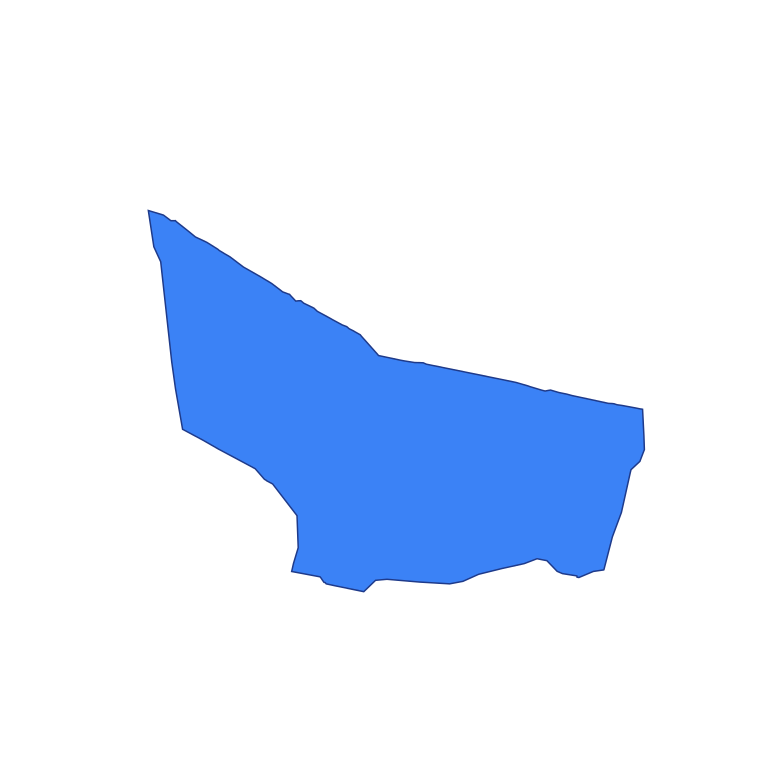 Al Buram, South Kordufan, Sudan, rotated 142°
{"feature_id": "16777658B98120028392417", "entity_name": "Al Buram", "entity_type": "district", "adm_level": 2, "iso_a3": "SDN", "parent_name": "Sudan", "parent_adm1": "South Kordufan", "projection": "equal_earth", "projection_center": [29.873, 10.592], "detail": "fine", "context": "isolated", "style": "filled", "palette": "blue", "viewbox_px": 768, "rotation_deg": 142, "n_neighbors": 0, "source": "geoboundaries", "source_scale": "gbopen_adm2", "svg_char_len": 2115}
<svg xmlns="http://www.w3.org/2000/svg" viewBox="0 0 768 768"><g transform="rotate(142 384 384)"><path d="M572.2,293.1L570.7,291.4L553.1,271.4L553.1,269.7L553.3,267.2L553.4,264.6L552.6,263.7L552.6,262.1L547.2,255.6L527.8,232.8L511.5,234.5L501.9,228.3L478.2,206.3L455.3,186.1L443.3,179.9L426.6,175.8L404.7,166.0L384.0,156.1L371.0,152.1L365.1,145.3L364.9,145.1L364.4,144.5L362.9,129.8L360.1,124.7L350.6,114.5L350.4,114.2L350.2,114.0L350.8,112.9L350.3,112.4L350.2,112.2L349.5,111.5L334.4,107.4L325.3,102.2L325.0,102.3L298.2,122.9L276.0,136.6L244.4,162.6L242.1,164.4L229.9,165.5L229.0,166.1L219.2,172.0L211.2,183.0L195.8,204.9L196.3,205.5L197.4,206.6L200.3,210.0L209.5,220.4L211.5,222.5L212.8,223.8L213.5,224.7L214.9,226.8L216.2,228.1L219.1,230.6L243.0,259.2L246.2,263.5L251.5,269.7L256.5,276.7L257.6,277.3L258.5,277.8L261.4,279.3L263.4,281.9L270.2,291.5L270.5,291.9L271.6,293.7L278.9,303.8L280.9,306.2L295.4,323.2L338.4,373.5L340.0,376.5L342.9,379.0L346.6,382.0L353.6,389.5L356.6,392.9L370.8,409.8L370.8,410.8L370.8,411.0L372.4,435.7L372.4,437.4L372.9,438.6L374.9,443.4L375.3,444.5L377.2,448.5L377.6,449.6L377.6,450.0L377.7,450.4L378.0,452.0L378.3,452.6L379.1,453.9L380.2,455.7L380.6,456.4L382.9,461.7L383.6,463.3L385.0,466.5L385.8,468.5L391.5,481.6L391.8,482.4L391.9,482.9L392.5,486.9L392.9,487.7L397.6,497.3L397.7,498.2L398.3,500.9L398.5,501.0L399.1,501.4L399.8,502.0L402.5,503.7L402.6,504.9L403.2,511.6L403.2,512.8L403.7,513.4L403.9,513.7L407.2,519.1L407.5,520.4L409.0,526.2L410.6,532.3L410.9,533.1L413.7,540.4L414.7,543.1L417.1,549.0L422.6,562.3L422.9,563.2L427.1,579.1L427.4,579.8L427.6,580.4L429.6,585.3L429.9,586.2L431.6,590.6L431.7,591.0L431.9,592.2L432.3,593.4L436.4,604.7L442.1,616.0L442.3,617.0L443.5,622.3L444.8,627.9L446.8,636.1L447.2,637.8L447.7,639.9L447.8,641.2L448.2,641.4L451.4,643.9L453.8,652.9L462.9,665.8L480.9,633.8L484.7,617.8L506.7,582.2L537.6,532.2L551.3,508.5L570.6,472.3L561.6,452.0L554.3,434.1L544.3,411.6L537.6,396.4L537.6,395.7L536.9,382.5L536.2,380.9L536.1,380.1L533.3,373.8L533.6,333.8L552.4,307.8L565.7,298.4L572.2,293.1Z" fill="#3b82f6" stroke="#1e3a8a" stroke-width="1.5"/></g></svg>